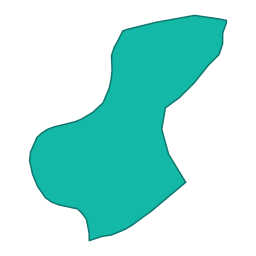 Kangnam, P'yŏngyang, North Korea
{"feature_id": "82179303B41089875582012", "entity_name": "Kangnam", "entity_type": "district", "adm_level": 2, "iso_a3": "PRK", "parent_name": "North Korea", "parent_adm1": "P'yŏngyang", "projection": "robinson", "projection_center": [125.6, 38.866], "detail": "fine", "context": "isolated", "style": "filled", "palette": "teal", "viewbox_px": 256, "rotation_deg": 0, "n_neighbors": 0, "source": "geoboundaries", "source_scale": "gbopen_adm2", "svg_char_len": 748}
<svg xmlns="http://www.w3.org/2000/svg" viewBox="0 0 256 256"><path d="M108.6,89.7L103.0,102.9L93.0,112.2L81.6,119.1L75.2,121.7L54.1,126.9L47.4,129.4L47.1,129.6L41.7,133.1L36.9,137.5L31.3,150.3L30.5,152.2L29.6,160.7L32.6,174.3L37.8,186.8L45.3,197.5L51.4,201.9L58.6,204.8L60.8,205.3L77.6,208.9L82.3,213.6L86.4,219.2L89.1,232.8L89.3,240.6L101.5,236.5L111.2,235.0L124.7,229.5L131.7,225.4L152.2,210.4L162.0,202.1L185.7,182.3L168.6,154.3L161.7,129.3L165.4,107.9L179.7,97.3L194.0,83.1L208.3,65.3L219.0,54.6L222.6,43.9L222.7,33.2L226.4,22.6L226.4,20.4L219.3,19.0L194.6,15.4L155.6,22.4L141.4,25.9L127.2,29.4L122.8,30.9L117.8,40.9L114.2,47.4L111.5,55.5L112.1,70.6L111.2,79.0L109.3,87.9L108.6,89.7Z" fill="#14b8a6" stroke="#0f766e" stroke-width="1.5"/></svg>